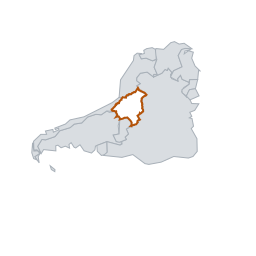 Bolivia on a map of South America (Robinson projection), rotated 58°
{"feature_id": "BOL", "entity_name": "Bolivia", "entity_type": "country or territory", "adm_level": 0, "iso_a3": "BOL", "parent_name": "South America", "parent_adm1": "", "projection": "robinson", "projection_center": [-65.153, -16.301], "detail": "medium", "context": "in_parent", "style": "outline", "palette": "amber", "viewbox_px": 256, "rotation_deg": 58, "n_neighbors": 12, "source": "natural_earth", "source_scale": "50m", "svg_char_len": 5705}
<svg xmlns="http://www.w3.org/2000/svg" viewBox="0 0 256 256"><g transform="rotate(58 128 128)"><path d="M102.8,216.1L104.8,219.4L110.5,221.8L102.9,222.2L102.8,216.1ZM128.4,153.1L126.1,165.2L129.0,167.6L129.9,172.2L124.1,177.3L116.8,177.6L117.2,182.9L115.8,183.9L110.3,184.0L110.7,186.8L114.1,188.2L110.2,190.8L109.3,195.2L105.4,196.6L104.8,198.7L109.2,201.3L101.6,211.0L103.8,215.4L95.7,214.4L92.1,207.1L94.4,204.1L96.6,194.4L94.2,187.3L97.0,176.9L96.2,171.5L99.2,164.5L97.3,156.4L99.3,148.1L102.6,143.7L102.3,136.9L104.9,135.5L107.5,129.3L112.2,132.0L113.1,129.7L115.9,129.8L120.8,135.1L128.3,138.7L126.2,144.3L133.3,145.1L137.2,139.8L138.3,143.8L128.4,153.1Z" fill="#d9dde1" stroke="#a8b0b8" stroke-width="1"/><path d="M102.8,216.1L102.9,222.2L106.5,222.3L104.0,224.2L98.0,222.7L89.9,216.7L97.7,220.1L99.3,216.9L102.8,216.1ZM99.2,117.1L102.1,122.3L103.7,132.2L105.8,132.5L102.3,136.9L102.6,143.7L99.3,148.1L97.3,156.4L99.2,164.5L96.2,171.5L97.0,176.9L94.2,187.3L96.6,194.4L94.4,204.1L92.1,207.1L95.7,214.4L102.9,215.2L98.1,216.9L96.9,219.5L89.2,215.1L87.2,205.3L90.3,200.4L86.8,199.6L89.4,192.5L92.0,193.5L92.9,187.7L91.4,186.9L90.8,190.5L89.3,190.1L91.5,178.9L90.4,172.9L95.2,159.4L98.1,128.0L97.3,119.3L99.2,117.1Z" fill="#d9dde1" stroke="#a8b0b8" stroke-width="1"/><path d="M118.8,214.0L124.6,212.0L126.2,213.2L122.6,215.0L118.8,214.0Z" fill="#d9dde1" stroke="#a8b0b8" stroke-width="1"/><path d="M128.4,153.1L137.5,158.4L138.8,160.3L137.2,165.1L131.5,166.4L126.3,163.7L128.4,153.1Z" fill="#d9dde1" stroke="#a8b0b8" stroke-width="1"/><path d="M138.3,163.3L137.5,158.4L128.4,153.1L138.3,143.8L138.4,141.5L136.0,140.4L136.9,135.5L134.2,135.3L133.3,130.8L128.0,130.0L129.2,118.8L127.4,113.5L122.7,113.4L121.9,106.3L109.6,100.0L109.8,94.9L102.5,98.4L96.8,98.4L96.9,94.1L92.6,95.7L90.0,94.0L88.1,88.5L90.8,82.1L98.3,79.3L99.5,70.3L98.0,65.5L100.0,64.2L98.5,62.2L104.3,61.3L105.4,63.8L109.3,64.8L114.7,60.8L112.5,59.9L111.1,55.5L115.4,56.3L121.4,52.2L123.3,52.8L123.3,59.2L125.7,63.3L133.3,61.9L133.3,59.9L141.0,61.0L145.0,55.1L148.4,62.1L147.4,67.3L151.9,67.7L151.9,70.6L153.9,68.7L161.2,71.5L162.0,74.7L173.6,75.2L184.5,81.7L186.6,88.0L185.5,92.7L176.4,104.3L174.5,118.0L169.9,129.6L167.2,132.5L153.1,138.0L149.7,148.7L138.3,163.3Z" fill="#d9dde1" stroke="#a8b0b8" stroke-width="1"/><path d="M98.3,79.3L90.8,82.1L88.1,88.5L90.0,94.0L92.6,95.7L96.9,94.1L96.8,98.4L99.3,98.3L101.5,102.8L100.8,114.1L97.3,119.3L83.2,108.8L73.6,87.6L69.8,84.5L69.4,80.6L72.2,76.8L71.8,79.7L76.4,80.0L78.4,75.6L84.1,71.5L85.2,67.2L90.3,73.6L98.0,74.8L96.3,77.7L98.3,79.3Z" fill="#d9dde1" stroke="#a8b0b8" stroke-width="1"/><path d="M105.9,63.5L104.3,61.3L98.5,62.2L100.0,64.2L98.0,65.5L99.5,70.3L98.3,79.3L96.3,77.7L98.0,74.8L90.3,73.6L85.2,67.2L79.4,65.9L75.4,62.2L80.2,56.1L78.3,46.5L79.4,42.8L83.9,40.2L85.9,35.5L94.7,31.8L89.8,41.0L93.2,47.1L104.8,49.7L103.6,59.0L105.9,63.5Z" fill="#d9dde1" stroke="#a8b0b8" stroke-width="1"/><path d="M121.4,52.2L115.4,56.3L111.1,55.5L112.5,59.9L114.7,60.8L107.3,65.0L103.6,59.0L104.8,49.7L93.2,47.1L89.8,41.0L90.8,37.3L93.2,34.0L94.8,33.5L92.9,38.9L94.9,41.0L94.6,35.8L98.3,32.4L102.6,37.0L110.9,38.3L118.4,36.5L116.3,37.4L123.8,43.2L119.7,50.1L121.4,52.2Z" fill="#d9dde1" stroke="#a8b0b8" stroke-width="1"/><path d="M131.9,61.6L126.9,63.4L124.1,62.0L123.3,52.8L119.7,50.1L123.8,43.2L130.4,50.0L128.1,55.5L131.9,61.6Z" fill="#d9dde1" stroke="#a8b0b8" stroke-width="1"/><path d="M137.0,60.5L131.9,61.6L129.2,57.6L128.1,55.5L130.4,50.0L138.4,50.7L137.0,60.5Z" fill="#d9dde1" stroke="#a8b0b8" stroke-width="1"/><path d="M84.5,67.5L84.1,71.5L78.4,75.6L76.4,80.0L71.8,79.7L73.5,74.6L70.5,73.5L70.6,70.1L72.7,64.9L75.8,63.1L84.5,67.5Z" fill="#d9dde1" stroke="#a8b0b8" stroke-width="1"/><path d="M127.5,124.5L128.0,130.0L133.3,130.8L134.2,135.3L136.9,135.5L135.5,142.9L133.3,145.1L126.2,144.3L128.3,138.7L116.3,130.4L118.6,123.0L125.2,122.2L127.5,124.5Z" fill="#d9dde1" stroke="#a8b0b8" stroke-width="1"/><path d="M99.5,117.3L99.4,116.6L99.1,116.2L99.6,115.7L100.2,114.8L100.6,114.5L100.6,114.0L101.1,113.6L100.9,113.4L100.4,113.3L100.2,113.1L99.6,111.6L100.2,110.5L99.7,109.7L99.8,109.2L100.0,109.1L100.1,108.6L100.6,108.0L100.7,107.7L101.0,107.4L100.5,106.0L100.7,105.5L100.7,103.8L101.3,103.2L101.2,103.0L101.4,102.7L99.2,98.3L101.0,98.4L101.3,98.7L101.6,98.7L102.4,98.3L103.0,97.5L103.8,97.5L104.2,97.0L104.6,96.7L105.4,96.3L106.7,95.3L108.3,94.9L109.2,95.0L109.4,94.8L109.6,94.7L109.9,95.2L109.9,96.0L109.9,96.3L109.5,97.0L109.8,98.5L109.7,99.1L109.8,99.6L110.2,100.2L110.2,100.5L110.4,100.5L110.7,101.2L111.1,101.3L111.9,102.0L112.1,102.5L113.3,102.8L113.7,102.6L113.9,102.6L114.8,103.2L115.0,103.3L115.3,103.1L115.5,103.2L115.6,103.5L116.2,104.1L116.4,104.1L117.3,104.5L117.8,104.5L117.9,104.8L118.7,105.6L119.3,105.6L120.4,105.5L121.9,106.3L122.1,107.0L121.9,107.5L122.4,108.7L122.4,110.0L121.6,110.1L122.5,111.2L122.6,113.4L126.7,113.6L127.2,113.5L127.2,114.0L126.8,114.6L127.0,116.2L128.0,117.0L128.4,116.9L129.0,118.7L129.2,119.0L128.5,120.9L128.6,121.0L128.7,121.3L127.6,123.3L128.3,124.0L127.9,124.2L127.7,124.5L127.6,124.0L127.5,123.5L125.3,122.0L123.0,122.0L118.7,123.0L118.3,124.2L117.4,125.6L117.4,127.1L116.4,130.4L115.9,129.7L113.3,129.8L112.4,131.5L112.3,132.1L111.6,130.4L110.7,130.0L108.7,130.0L107.9,129.3L107.6,129.2L107.3,130.1L106.4,130.4L106.2,130.9L105.6,131.3L105.6,131.6L105.2,132.1L104.0,132.3L103.6,132.1L103.5,131.1L103.4,130.7L103.3,129.9L103.1,129.7L103.0,129.0L102.8,128.6L102.8,127.7L102.2,126.7L101.9,126.6L101.8,126.1L102.0,125.8L101.3,125.2L101.5,124.9L101.4,124.3L101.7,124.2L101.8,123.9L101.8,123.6L101.5,123.2L102.1,122.4L100.8,121.1L100.4,118.7L100.5,118.5L99.9,118.2L99.8,117.7L99.5,117.3Z" fill="none" stroke="#b45309" stroke-width="2"/></g></svg>